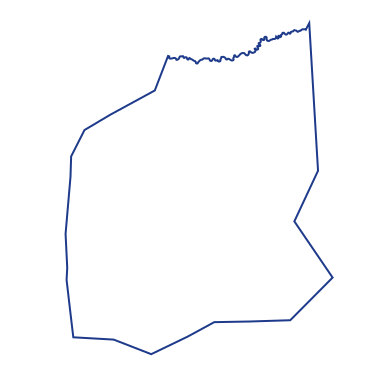 the district of Tu'mencogt, Sühbaatar, Mongolia, rotated 355°
{"feature_id": "93677404B61124840987439", "entity_name": "Tu'mencogt", "entity_type": "district", "adm_level": 2, "iso_a3": "MNG", "parent_name": "Mongolia", "parent_adm1": "Sühbaatar", "projection": "albers", "projection_center": [112.543, 47.569], "detail": "fine", "context": "isolated", "style": "outline", "palette": "blue", "viewbox_px": 384, "rotation_deg": 355, "n_neighbors": 0, "source": "geoboundaries", "source_scale": "gbopen_adm2", "svg_char_len": 4543}
<svg xmlns="http://www.w3.org/2000/svg" viewBox="0 0 384 384"><g transform="rotate(355 192 192)"><path d="M61.1,326.4L101.1,332.2L137.2,350.0L175.0,335.7L202.8,323.6L237.6,326.0L278.7,328.3L324.6,289.5L291.4,230.2L319.4,181.8L323.5,34.0L319.6,40.1L319.4,39.8L319.1,39.6L318.8,39.7L317.5,39.7L316.5,39.5L315.9,39.7L315.3,40.0L314.9,40.4L314.5,40.5L314.2,40.5L313.9,40.6L313.8,40.8L313.6,40.9L313.3,40.8L313.1,40.8L312.9,41.0L312.7,41.1L312.1,41.3L311.6,41.6L311.3,41.6L311.1,41.6L310.6,41.0L310.1,40.4L309.6,40.2L308.9,40.0L308.4,39.8L308.1,39.7L307.7,39.8L307.3,40.1L306.9,40.6L306.6,40.8L306.3,40.9L305.6,40.9L305.0,41.0L304.5,41.2L304.3,41.4L304.2,41.7L304.1,42.1L304.0,42.4L303.6,42.8L303.1,42.7L302.7,42.1L302.4,41.9L302.2,41.7L301.8,41.7L300.4,43.1L299.9,43.4L299.3,43.4L298.8,43.1L298.3,42.6L298.0,42.1L297.5,41.5L297.1,41.3L296.6,41.3L296.2,41.4L296.0,41.5L296.0,42.0L295.9,42.4L295.6,42.7L295.1,42.8L294.8,43.0L294.4,43.3L294.4,43.9L294.4,44.4L294.3,44.8L294.1,45.1L293.8,45.2L293.5,45.3L293.1,45.0L293.0,44.6L292.7,44.2L292.3,43.9L292.0,44.0L291.7,44.1L291.6,44.4L291.5,44.7L291.6,44.9L291.6,45.2L291.7,45.7L291.7,46.0L291.4,46.4L291.0,46.5L290.5,46.5L290.2,46.2L289.8,45.9L289.7,45.4L289.6,45.1L289.6,44.8L289.5,44.6L289.4,44.5L289.3,44.8L289.3,45.2L289.2,45.6L288.8,46.0L288.3,46.5L287.8,46.7L287.2,46.7L286.3,46.7L285.9,46.6L285.5,46.8L285.0,47.1L284.5,47.1L284.0,47.2L283.7,47.2L283.4,47.4L282.8,47.8L282.2,48.1L281.4,48.2L280.9,48.1L280.4,47.9L280.0,47.6L279.9,47.2L279.7,46.7L279.7,46.0L279.7,45.0L279.8,44.5L279.6,44.2L279.2,43.9L278.7,43.8L278.3,43.8L278.0,43.9L277.8,44.1L277.5,44.4L277.3,45.0L277.5,45.5L277.5,46.0L277.3,46.5L277.0,46.8L276.5,46.9L276.0,46.8L275.7,46.5L275.3,46.0L275.0,45.7L274.7,45.6L274.3,45.6L273.9,45.7L273.7,45.9L273.5,46.2L273.5,46.7L273.5,47.1L273.7,47.4L273.7,47.7L273.6,48.2L273.4,48.6L273.1,49.0L272.7,49.2L272.1,49.3L271.6,49.4L271.4,49.6L271.4,49.8L271.4,50.1L271.7,50.4L272.1,50.6L272.5,51.1L272.8,51.6L272.8,52.1L272.6,52.5L272.1,52.6L271.6,52.5L271.1,52.3L270.6,52.1L270.2,52.1L269.9,52.2L269.7,52.6L269.8,53.0L270.1,53.6L270.4,54.3L270.4,54.9L270.3,55.4L269.9,55.7L269.3,55.9L268.9,55.9L268.6,55.8L268.2,55.2L267.9,54.7L267.6,54.6L267.3,54.6L267.1,54.8L266.9,54.9L266.9,55.0L267.2,55.6L267.5,56.1L267.5,56.9L267.2,57.6L266.6,58.2L265.7,58.4L265.2,58.6L264.3,58.7L263.5,58.3L263.0,58.0L262.6,57.5L262.2,57.1L261.9,56.9L261.5,56.9L261.2,57.0L260.9,57.3L260.8,57.9L260.8,58.6L260.5,59.4L260.0,60.1L259.6,60.5L259.1,60.7L258.7,60.7L258.1,60.4L257.7,60.2L257.1,59.5L256.4,58.6L256.2,58.3L255.8,58.1L254.9,58.0L253.9,58.0L253.3,58.3L252.6,58.6L252.2,58.8L251.4,59.6L250.6,60.3L249.8,60.9L249.3,61.3L248.4,61.4L247.8,61.1L247.4,60.7L247.1,60.2L246.9,59.8L246.6,59.5L246.3,59.5L246.1,59.6L245.9,59.8L245.8,60.0L245.8,60.8L245.6,61.1L245.4,61.5L245.1,61.7L244.9,62.1L244.8,62.7L245.0,63.6L244.8,64.0L244.6,64.2L244.3,64.4L243.6,64.5L243.2,64.5L242.4,64.1L241.8,63.7L241.1,63.1L240.5,62.7L239.8,62.4L239.5,62.4L238.8,62.7L238.4,63.0L238.0,63.0L237.6,62.8L237.2,62.3L237.1,61.8L237.0,61.5L236.6,61.1L236.2,60.7L235.3,60.2L234.3,60.0L233.1,60.1L232.8,60.8L232.6,61.5L232.2,62.0L231.8,62.6L231.8,63.5L231.6,64.0L231.1,64.3L230.5,64.4L229.9,64.3L229.3,63.9L229.3,63.4L229.1,63.1L228.9,62.9L228.5,63.0L227.9,63.1L227.4,63.2L226.8,63.1L226.4,62.7L226.2,61.8L225.8,61.3L225.4,61.1L224.9,61.1L224.6,61.2L224.3,61.4L223.9,62.0L223.6,62.6L223.2,62.9L222.7,63.2L222.2,63.1L221.5,62.7L221.2,62.1L220.9,61.2L220.6,60.8L220.3,60.4L219.9,60.3L219.1,60.4L218.4,60.3L217.9,60.3L217.3,60.2L216.5,59.9L215.4,60.0L214.8,60.2L214.5,60.5L214.1,60.9L213.8,61.0L213.0,61.0L212.3,61.2L211.6,61.5L211.0,61.9L210.7,62.3L210.1,62.7L209.7,63.1L209.2,63.8L208.7,64.3L208.1,64.5L207.2,63.9L207.1,62.8L206.7,62.2L206.5,61.9L205.7,61.6L205.1,61.3L204.7,60.9L204.1,60.4L203.4,59.9L202.6,59.5L201.9,58.9L201.5,58.5L201.2,58.3L200.7,58.6L200.5,59.0L200.2,59.5L199.9,59.7L199.5,59.7L199.1,59.5L198.7,58.9L198.5,58.1L198.4,57.6L197.8,57.2L197.5,57.2L196.9,57.3L196.4,57.5L196.1,57.7L195.7,57.7L195.3,57.3L195.2,56.7L195.2,56.3L195.0,56.0L194.6,55.9L193.9,55.9L193.4,56.0L192.8,55.9L192.2,55.9L191.9,55.9L191.6,56.2L191.2,56.8L190.6,58.0L189.9,58.4L189.3,58.8L188.9,59.0L188.4,59.0L188.0,58.9L187.8,58.3L187.6,57.7L187.2,57.3L186.7,57.0L186.2,56.9L185.1,56.9L183.8,57.2L182.5,57.3L181.5,57.1L181.1,56.8L181.0,56.4L181.1,56.0L181.2,55.5L181.1,54.9L180.6,54.6L180.0,54.4L163.8,87.6L117.3,107.9L90.3,120.9L74.7,146.0L72.3,166.1L62.4,222.7L61.1,256.6L59.4,268.7L60.2,297.0L61.1,326.4Z" fill="none" stroke="#1e3a8a" stroke-width="2"/></g></svg>